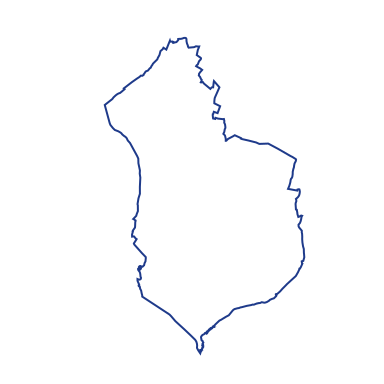 Spinus, Bihor, Romania, rotated 233°
{"feature_id": "2599482B16255250220443", "entity_name": "Spinus", "entity_type": "district", "adm_level": 2, "iso_a3": "ROU", "parent_name": "Romania", "parent_adm1": "Bihor", "projection": "mercator", "projection_center": [22.193, 47.203], "detail": "fine", "context": "isolated", "style": "outline", "palette": "blue", "viewbox_px": 384, "rotation_deg": 233, "n_neighbors": 0, "source": "geoboundaries", "source_scale": "gbopen_adm2", "svg_char_len": 5861}
<svg xmlns="http://www.w3.org/2000/svg" viewBox="0 0 384 384"><g transform="rotate(233 192 192)"><path d="M324.4,256.0L323.7,254.5L323.5,251.6L321.0,248.5L319.7,245.5L318.8,244.1L318.0,238.1L317.4,236.9L317.0,235.5L316.1,233.8L316.2,232.7L315.5,229.9L316.1,227.7L315.8,226.5L315.3,225.3L315.0,224.0L314.6,223.7L314.7,222.3L315.7,221.2L315.5,219.2L315.7,216.4L315.9,210.0L315.8,202.2L315.8,199.9L314.7,200.0L314.6,198.9L314.6,198.0L314.5,197.0L314.4,194.1L314.8,193.0L315.1,191.4L315.1,189.2L314.8,186.3L314.2,184.3L314.0,174.7L296.5,167.7L294.7,167.2L290.8,167.3L288.0,167.7L284.8,169.7L282.4,170.7L281.1,171.0L280.2,170.9L277.9,171.4L276.5,171.9L275.1,172.2L274.1,172.2L271.8,171.7L268.5,172.0L253.6,169.8L251.0,169.2L247.2,166.5L240.6,163.4L238.1,161.3L234.6,159.4L227.4,153.4L221.9,149.3L219.2,145.5L215.1,141.2L213.9,140.7L209.3,137.3L207.6,134.5L206.5,133.1L205.8,128.9L204.9,129.4L204.5,129.3L203.2,129.8L202.9,129.6L202.9,129.4L201.9,128.4L198.7,125.8L197.9,125.0L197.5,123.8L196.9,121.9L196.6,121.3L196.4,121.0L196.1,121.1L194.1,118.5L192.4,117.3L191.6,118.8L191.3,119.0L189.8,119.0L188.6,119.1L187.7,119.4L185.9,114.6L184.8,114.3L173.6,115.2L167.9,115.9L167.1,115.4L164.6,113.1L163.8,111.4L162.3,109.6L162.3,109.1L162.1,107.5L163.1,106.7L163.9,106.3L164.2,105.9L164.3,105.4L164.1,104.5L163.9,104.3L163.5,104.1L163.3,104.2L162.1,105.5L161.8,105.4L161.5,105.0L161.3,104.0L161.3,103.5L161.7,103.1L162.2,103.0L163.1,103.2L163.1,102.7L162.5,102.3L161.8,102.1L159.6,102.1L158.4,101.7L156.9,100.9L155.5,100.0L154.1,99.6L153.4,98.7L153.4,97.9L153.6,97.4L154.2,96.7L155.3,96.1L154.1,95.2L153.4,94.9L149.9,94.1L149.4,93.9L149.2,93.6L149.4,93.1L149.1,92.9L148.6,92.9L147.8,93.3L145.7,92.3L144.0,92.1L141.1,90.7L139.5,90.1L138.4,89.3L107.7,100.3L105.4,100.6L98.8,101.0L87.0,103.2L78.1,104.7L72.0,105.6L69.9,105.4L68.0,104.7L66.4,103.8L64.8,102.4L64.3,102.1L61.8,101.7L58.2,101.5L58.5,101.9L59.2,102.0L59.1,102.9L59.3,103.3L59.5,103.3L59.7,102.7L60.1,102.7L60.1,103.1L59.8,103.6L60.7,103.8L60.0,104.9L60.4,105.0L60.8,105.6L60.6,105.8L60.9,106.4L61.4,106.6L61.4,107.1L61.4,107.6L61.6,107.8L62.3,108.3L62.9,107.7L63.2,107.7L63.4,107.9L63.4,108.2L62.9,108.7L63.6,109.1L64.4,109.0L64.6,109.4L64.8,110.2L65.0,110.5L66.1,110.5L66.6,110.8L66.9,110.8L67.5,110.5L68.2,110.5L69.3,111.2L69.9,111.4L70.4,111.7L70.8,112.0L71.1,112.6L71.3,113.4L71.5,114.3L71.4,114.9L71.2,115.9L71.2,116.6L71.3,117.4L71.5,117.5L71.4,117.9L71.0,117.7L70.9,117.9L70.9,118.3L70.7,118.5L70.1,118.5L70.1,118.8L70.7,119.1L70.7,119.3L70.4,119.7L70.5,119.9L70.8,120.1L71.1,119.9L71.4,119.9L71.6,120.0L71.5,120.7L71.2,120.6L70.8,120.6L70.9,121.1L71.2,121.3L71.2,121.7L71.1,121.9L71.2,122.0L71.2,122.3L71.7,122.1L71.9,122.6L71.3,123.0L71.3,123.4L71.7,123.5L71.8,123.7L71.1,124.2L71.1,124.4L71.5,124.7L71.9,124.6L72.1,124.9L72.1,125.1L71.5,125.5L71.1,125.9L71.1,126.1L71.5,126.2L71.6,126.9L71.5,127.3L71.6,127.2L71.6,127.6L71.3,128.0L72.0,128.0L71.9,128.7L71.9,129.4L72.0,130.2L72.2,131.0L72.7,135.5L72.8,136.6L72.5,138.0L71.9,144.1L71.4,147.2L72.8,152.9L73.0,154.2L72.9,155.5L71.8,158.3L71.1,159.6L70.8,160.7L70.6,161.4L70.1,162.3L68.1,167.2L66.1,171.2L65.6,172.7L65.0,173.3L64.5,174.4L64.5,174.9L64.1,176.1L63.9,176.5L63.9,176.9L63.4,177.6L63.4,178.0L62.4,179.5L62.0,181.4L60.3,182.9L59.8,183.5L59.1,185.4L58.8,188.0L59.0,189.2L58.5,191.5L57.8,193.4L58.2,196.6L58.6,197.2L59.5,197.1L59.9,197.4L59.9,197.8L59.3,198.4L59.4,200.1L59.6,202.6L60.3,206.0L60.9,210.2L61.3,212.6L62.4,224.3L64.1,228.3L65.7,231.3L66.0,231.4L66.2,231.8L65.9,232.2L66.5,233.7L68.4,237.1L69.0,237.0L69.5,237.3L70.6,237.9L70.5,238.4L70.0,239.4L72.3,242.4L75.1,244.2L76.0,244.7L79.2,247.0L81.8,248.0L85.2,249.8L88.0,251.6L89.9,253.1L92.4,254.8L93.6,255.3L95.0,256.4L99.2,256.2L100.5,256.5L101.8,257.4L102.3,259.6L103.3,261.2L104.4,262.6L106.3,264.6L106.7,265.6L107.5,265.0L107.8,262.8L108.1,261.9L110.9,262.9L112.2,263.7L114.8,265.0L115.5,264.5L120.1,267.5L120.9,268.3L121.8,269.7L122.9,270.5L123.9,270.8L124.1,273.4L124.7,275.3L125.8,276.8L127.2,278.2L128.8,279.1L129.5,279.3L130.0,278.8L130.3,278.2L130.5,277.6L129.8,276.9L136.7,270.6L138.2,273.2L139.5,275.0L140.7,276.5L142.4,278.2L143.0,279.2L143.0,279.7L143.4,280.6L143.8,281.3L145.6,283.1L147.5,284.6L149.4,286.8L150.2,288.0L150.7,288.6L151.5,289.3L153.1,291.1L154.1,293.3L155.1,294.5L155.8,294.7L159.5,293.3L161.7,292.2L174.9,286.6L184.8,282.0L189.9,274.7L193.0,273.0L199.1,268.1L204.3,263.7L205.2,263.2L205.5,263.6L211.6,260.3L211.8,258.3L212.4,254.6L212.7,252.7L212.5,251.3L212.3,250.3L212.6,249.8L213.2,250.2L214.0,250.9L216.7,252.1L217.3,252.3L218.2,252.3L219.3,252.0L219.7,252.2L220.2,253.3L220.6,254.0L222.4,255.9L222.7,256.6L223.1,257.2L223.7,257.7L225.8,258.9L227.0,259.3L227.9,259.4L229.3,260.6L231.1,261.4L231.6,260.5L234.9,257.0L237.1,255.4L236.4,254.5L238.0,253.1L239.6,254.0L240.9,254.8L241.6,255.4L241.5,255.8L242.9,257.7L239.6,259.9L243.6,266.1L249.4,263.2L251.1,264.5L253.0,266.3L253.5,266.9L259.1,276.9L267.4,276.3L266.8,275.6L262.9,271.9L263.2,271.6L263.6,270.9L263.5,269.5L263.3,268.7L271.4,266.8L273.3,266.8L273.7,265.8L274.1,265.1L274.3,265.0L274.9,266.3L275.6,267.2L277.0,267.2L279.0,267.7L281.0,267.6L281.8,268.5L282.2,268.8L282.8,270.7L283.0,271.8L283.4,273.6L285.8,272.9L287.9,271.9L290.0,271.0L290.4,272.0L290.4,272.3L290.4,273.4L292.2,276.3L292.6,278.5L293.0,279.4L293.5,279.7L293.9,279.7L298.5,278.2L302.0,282.2L303.0,284.0L303.9,285.3L304.5,284.4L305.5,283.4L306.0,282.8L306.1,282.5L306.2,281.7L306.4,280.9L306.8,280.2L309.3,276.2L310.6,276.3L311.4,276.8L313.7,277.4L315.8,278.4L317.5,279.6L318.4,279.8L319.2,279.3L319.9,278.3L320.4,276.6L321.0,275.3L322.1,273.8L322.5,273.0L321.6,272.4L321.2,270.4L321.1,269.8L321.9,268.0L322.0,267.7L322.5,267.5L323.0,267.6L323.2,267.4L322.5,267.0L322.4,266.8L322.6,266.6L323.7,267.0L324.0,266.9L324.9,265.4L325.4,265.2L326.2,265.5L321.2,257.2L324.4,256.0Z" fill="none" stroke="#1e3a8a" stroke-width="2"/></g></svg>